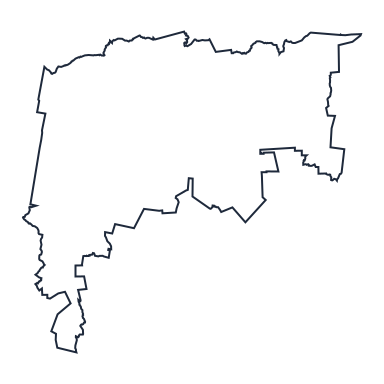 outline of Namiquipa, Chihuahua, Mexico
{"feature_id": "50627088B12522207625024", "entity_name": "Namiquipa", "entity_type": "district", "adm_level": 2, "iso_a3": "MEX", "parent_name": "Mexico", "parent_adm1": "Chihuahua", "projection": "equal_earth", "projection_center": [-107.153, 29.163], "detail": "fine", "context": "isolated", "style": "outline", "palette": "slate", "viewbox_px": 384, "rotation_deg": 0, "n_neighbors": 0, "source": "geoboundaries", "source_scale": "gbopen_adm2", "svg_char_len": 5708}
<svg xmlns="http://www.w3.org/2000/svg" viewBox="0 0 384 384"><path d="M115.1,224.1L134.0,228.2L144.0,208.9L159.2,210.8L162.2,210.4L162.5,213.3L175.8,212.5L176.6,208.4L178.7,202.2L177.5,199.3L175.7,198.0L176.1,196.2L186.0,190.5L187.8,189.9L188.8,178.2L192.7,178.6L192.5,196.5L209.8,208.6L210.7,208.8L212.3,207.3L212.6,205.5L214.1,205.7L214.1,206.4L214.8,206.3L215.2,206.8L215.7,206.6L216.4,207.2L218.1,207.2L220.1,210.0L221.2,212.0L232.4,207.4L245.4,222.3L265.7,200.0L262.6,197.2L261.9,175.9L261.6,172.2L266.5,172.2L266.5,171.4L278.4,171.5L274.0,152.4L263.6,152.7L263.6,153.8L260.3,153.8L260.3,153.4L261.0,153.2L261.0,152.7L260.3,152.3L260.3,149.8L294.9,147.7L294.9,150.8L301.8,150.7L301.8,155.3L306.6,155.3L305.5,156.3L305.2,157.4L305.3,158.6L304.7,160.3L304.3,160.2L304.4,160.6L303.7,160.9L303.8,161.2L303.2,162.6L303.3,164.8L305.4,164.2L306.3,164.4L306.7,164.8L308.2,164.2L308.8,164.7L308.8,165.7L310.9,165.9L311.8,165.8L314.6,164.4L315.7,167.0L318.4,167.0L318.5,173.7L326.0,173.5L326.0,173.9L327.4,174.6L328.6,174.8L329.7,174.5L330.2,174.7L330.5,176.3L331.3,177.3L331.1,180.0L332.1,180.4L332.8,180.1L334.2,178.8L335.9,179.3L336.9,180.6L337.1,179.3L338.0,178.4L339.8,174.1L340.9,173.8L341.6,172.7L344.3,149.2L330.5,147.3L331.6,128.3L335.0,115.9L327.8,115.6L326.1,108.0L328.6,105.9L328.2,105.2L328.0,102.0L327.4,99.2L327.8,98.4L330.1,96.3L330.6,94.3L330.5,93.1L330.8,92.8L331.2,90.7L331.0,87.9L330.2,86.8L329.8,85.4L329.7,83.4L330.0,82.7L330.1,80.4L329.8,78.1L330.4,77.5L329.7,75.9L330.5,75.4L330.8,74.6L330.8,72.7L339.0,71.9L338.6,45.2L352.5,41.8L360.5,35.5L361.0,34.1L351.2,34.5L345.3,35.2L341.3,35.0L340.6,34.5L340.3,35.0L310.8,32.6L309.7,33.2L307.3,35.7L306.0,36.1L304.3,37.4L301.8,40.4L295.1,43.0L293.0,43.0L291.9,42.6L290.8,41.4L289.3,42.0L286.3,41.0L286.2,40.1L285.4,40.4L284.4,42.0L283.9,44.5L283.4,45.5L283.3,46.6L284.0,48.0L283.5,51.3L280.9,52.1L279.5,53.9L279.5,53.3L278.3,50.9L278.5,49.2L277.4,48.7L277.3,47.3L277.0,47.2L276.5,45.0L273.7,44.9L272.5,44.2L272.4,43.5L271.4,42.9L268.0,43.1L267.3,42.9L266.6,43.3L265.4,42.8L264.2,43.2L262.1,42.0L259.6,41.3L256.9,41.3L255.7,42.1L255.4,42.9L253.5,43.7L251.9,45.6L251.3,45.9L251.2,46.6L251.6,47.5L251.3,48.2L250.5,48.7L249.8,50.8L249.1,50.8L248.5,51.9L247.0,52.4L245.9,53.7L244.8,53.3L244.4,52.8L243.6,53.0L243.5,53.4L242.7,53.1L242.0,53.8L239.8,52.3L237.9,52.1L236.8,51.5L235.8,52.1L233.8,52.5L233.2,53.2L231.7,53.2L231.1,49.9L215.8,51.9L209.5,39.3L208.4,40.2L204.9,40.4L202.4,40.0L198.6,41.0L198.2,40.7L196.9,40.8L195.6,39.5L194.6,39.5L191.1,44.0L187.4,46.2L186.0,45.6L184.8,46.0L184.7,45.6L184.4,46.1L184.5,45.0L184.2,43.1L184.8,42.5L185.5,42.4L186.4,43.3L187.2,42.1L187.0,40.2L186.0,39.1L186.6,38.9L187.2,39.4L188.6,37.6L187.9,36.1L186.0,35.5L186.5,34.2L185.9,33.3L184.8,33.6L184.1,31.6L154.9,39.5L153.3,37.7L152.9,39.6L148.9,37.8L147.2,37.8L145.5,38.5L144.5,38.1L144.0,37.5L143.0,37.9L142.0,37.1L141.0,37.0L140.0,35.6L139.5,35.5L133.6,38.5L133.3,39.1L132.9,38.9L131.8,40.5L129.7,40.6L128.8,41.5L126.7,40.6L125.0,40.6L122.2,38.8L120.3,38.7L117.8,38.7L114.6,40.4L113.8,40.0L113.0,40.6L112.1,42.0L112.0,42.9L111.3,42.2L111.0,42.4L110.6,42.0L110.6,41.2L110.0,40.7L110.0,41.4L109.3,42.7L109.1,43.6L108.8,43.4L108.7,43.8L108.5,43.7L107.6,45.4L106.8,45.3L105.9,45.9L105.8,46.7L106.0,47.4L104.7,49.4L104.7,50.6L103.5,52.7L103.5,53.4L104.5,55.2L104.2,55.5L103.8,55.6L103.5,55.0L102.9,55.5L101.7,55.5L100.2,54.6L99.4,55.2L98.9,54.8L95.9,55.2L94.2,55.1L93.6,55.4L88.7,55.0L84.8,55.4L81.1,56.9L80.4,56.6L79.5,57.5L78.7,57.2L75.5,58.6L73.2,60.7L72.5,60.7L71.9,61.4L71.4,61.6L71.4,62.0L70.1,63.2L67.8,64.7L66.4,65.2L66.0,65.0L65.1,65.6L64.4,65.4L64.1,65.8L61.2,66.9L58.4,66.5L56.8,68.7L55.7,71.9L54.8,72.8L53.5,73.0L52.1,73.9L51.2,73.4L51.2,72.8L49.0,70.3L47.1,69.5L44.4,66.8L38.3,99.6L39.2,100.8L37.1,112.2L45.4,113.6L42.0,130.3L42.2,132.9L41.2,140.0L39.7,147.7L30.4,204.3L36.1,205.7L31.3,207.2L30.7,206.9L29.5,206.9L29.3,207.5L29.8,210.2L28.4,213.4L25.4,215.1L24.7,216.9L23.3,217.0L23.0,217.6L24.1,219.3L25.6,220.3L26.1,221.1L27.8,222.0L28.7,223.5L29.3,223.7L29.9,223.3L31.3,224.4L32.6,225.9L34.8,226.3L37.2,228.0L38.2,229.8L38.6,231.1L38.5,233.1L39.1,234.1L42.4,234.8L42.1,237.5L41.1,238.9L40.6,240.6L41.5,244.7L40.4,249.1L41.6,250.7L41.9,252.0L41.2,254.5L39.7,255.0L39.3,255.8L39.2,259.0L39.7,260.0L42.4,261.3L43.7,263.5L44.0,264.6L44.6,265.0L43.4,266.2L43.1,266.9L42.8,267.0L42.7,267.5L42.1,267.4L41.3,267.8L39.8,269.8L39.4,270.9L38.5,271.5L37.8,272.9L35.5,274.7L39.1,277.4L41.4,278.2L41.0,279.3L41.3,279.9L41.0,280.5L39.4,281.2L39.4,281.6L38.8,281.8L38.2,282.9L37.6,282.9L37.6,283.4L36.8,283.2L35.4,284.1L36.8,285.8L37.4,287.7L39.3,290.5L41.9,288.5L42.3,294.9L47.3,294.8L47.3,298.0L50.0,298.6L58.3,293.4L65.0,291.8L70.6,303.4L57.6,314.3L51.3,331.3L56.0,333.8L55.7,339.9L57.3,347.7L76.4,352.4L76.0,351.1L75.9,349.5L75.2,348.1L75.4,345.4L76.8,340.3L76.7,338.7L75.8,337.2L75.9,336.2L78.2,337.2L78.8,336.6L79.0,335.4L79.7,334.5L82.9,334.5L83.1,333.9L82.9,329.8L80.3,325.9L80.9,324.9L81.5,324.4L82.2,324.6L83.2,324.1L84.0,322.6L85.0,322.5L85.1,321.7L83.9,318.8L82.9,317.9L82.9,317.3L82.5,316.6L82.5,316.0L83.1,315.2L82.8,314.5L83.1,314.0L82.4,312.1L82.4,310.1L81.2,308.8L80.8,306.7L80.3,306.1L80.2,305.4L79.4,304.8L79.4,303.3L78.6,301.7L78.4,299.9L80.0,301.4L80.1,302.0L80.6,300.3L78.1,289.9L86.5,289.0L84.1,276.4L75.5,276.5L75.5,265.5L82.1,265.4L82.0,264.4L83.3,256.1L84.4,255.9L86.0,256.1L86.6,255.7L86.9,256.0L88.6,256.0L88.8,255.4L89.7,255.6L89.9,254.9L92.2,254.6L92.9,253.0L94.1,253.3L95.0,255.8L98.4,256.4L99.4,255.9L102.7,255.8L103.7,256.4L108.7,257.8L109.9,250.5L108.2,250.0L108.5,248.8L111.2,249.3L111.1,246.3L109.8,243.6L107.4,241.3L105.9,237.3L105.0,235.9L105.1,232.1L112.2,233.5L115.1,224.1Z" fill="none" stroke="#1e293b" stroke-width="2"/></svg>